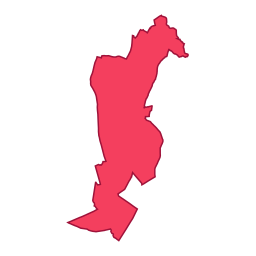 Tetlatlahuca, Tlaxcala, Mexico (Robinson projection)
{"feature_id": "50627088B49898192612493", "entity_name": "Tetlatlahuca", "entity_type": "district", "adm_level": 2, "iso_a3": "MEX", "parent_name": "Mexico", "parent_adm1": "Tlaxcala", "projection": "robinson", "projection_center": [-98.281, 19.233], "detail": "fine", "context": "isolated", "style": "filled", "palette": "rose", "viewbox_px": 256, "rotation_deg": 0, "n_neighbors": 0, "source": "geoboundaries", "source_scale": "gbopen_adm2", "svg_char_len": 5609}
<svg xmlns="http://www.w3.org/2000/svg" viewBox="0 0 256 256"><path d="M88.8,230.2L91.0,230.9L92.8,231.3L94.6,231.5L96.0,231.7L97.9,231.4L104.6,230.4L105.1,230.2L110.5,229.0L111.2,230.1L111.1,230.7L110.9,231.3L110.9,231.5L111.0,231.8L112.0,233.5L112.7,233.6L113.0,233.8L113.3,234.1L113.3,234.5L113.1,235.4L113.1,235.7L113.9,237.3L114.3,237.6L114.7,237.7L115.5,238.2L115.9,238.3L116.5,238.9L118.8,240.6L126.2,228.9L127.7,226.4L130.4,222.0L132.4,218.9L132.8,218.2L135.0,213.7L137.3,209.0L136.8,208.6L135.8,208.0L132.7,205.8L132.1,205.4L131.9,205.2L129.0,203.1L118.6,196.0L118.0,193.9L120.5,192.2L123.7,190.0L124.6,189.4L125.6,187.6L126.8,185.3L127.0,185.0L128.0,183.0L129.3,180.6L129.6,180.3L130.5,178.7L131.0,177.7L131.3,176.9L131.4,176.7L131.6,176.2L131.7,176.3L132.6,172.6L141.5,183.0L141.8,183.9L141.9,184.8L143.7,183.8L148.1,181.0L155.1,176.8L154.8,174.4L154.8,169.3L155.0,168.4L155.2,167.7L155.5,167.0L155.8,166.5L156.8,164.4L157.3,163.5L157.7,162.4L158.3,161.0L159.0,159.6L159.5,158.5L160.0,157.3L160.3,155.5L160.2,153.3L160.2,150.6L160.2,147.9L160.7,146.9L161.5,144.9L162.1,143.7L162.7,142.1L162.9,141.3L162.9,139.9L162.4,138.9L162.1,137.9L160.7,133.7L159.9,131.9L158.2,130.1L156.2,127.7L155.7,127.2L154.8,126.3L153.8,125.4L153.3,124.8L151.6,123.2L150.6,121.9L150.2,121.6L149.7,121.3L149.2,121.2L148.5,121.0L147.9,120.6L146.8,120.3L146.5,120.1L146.3,120.0L145.8,119.1L145.1,118.4L145.1,118.2L145.5,117.8L145.5,117.7L145.5,117.0L145.5,116.6L146.0,116.6L147.2,116.6L149.2,116.4L149.2,115.3L149.4,114.0L149.8,112.2L150.1,111.3L151.2,110.5L151.5,110.3L152.1,106.0L152.0,105.9L151.8,105.9L151.3,106.0L151.1,106.1L150.6,106.2L149.4,106.5L148.9,106.6L148.4,106.9L147.7,106.8L147.4,106.9L146.9,107.1L146.5,107.2L145.4,107.1L145.2,107.2L144.3,107.8L144.2,107.8L144.1,107.5L144.1,107.3L144.5,106.8L144.7,106.4L144.5,106.1L144.4,105.7L144.5,105.0L144.7,104.2L144.7,103.8L144.8,103.6L145.0,103.2L145.2,102.1L145.4,101.1L146.3,98.5L146.6,98.3L146.9,97.9L147.2,97.2L147.6,96.3L148.2,95.0L148.2,94.1L148.6,93.3L149.0,92.5L149.3,91.8L149.4,91.3L150.0,90.4L151.6,87.1L152.1,86.0L152.4,84.5L152.6,84.0L152.7,83.5L153.8,82.1L154.2,81.1L155.2,79.4L155.6,79.0L155.6,78.4L155.7,77.8L155.9,77.4L156.3,76.1L157.0,73.0L157.0,71.8L157.2,71.1L157.1,70.1L157.3,68.3L157.4,67.4L157.9,65.6L158.5,64.6L158.9,63.8L159.5,63.2L159.9,62.5L161.0,60.9L161.4,60.6L161.8,60.3L162.2,59.8L162.7,59.4L163.3,58.6L163.7,58.3L164.7,57.7L165.2,56.9L165.8,56.6L166.6,56.6L166.9,56.2L167.2,55.2L167.3,54.2L167.5,54.0L167.6,53.1L167.7,52.8L168.1,51.6L168.1,51.4L168.3,51.0L168.5,50.7L168.6,50.4L168.7,49.5L168.9,49.5L169.1,49.5L169.4,49.6L169.6,49.8L170.3,50.7L171.0,50.7L171.2,50.9L171.5,51.0L172.3,51.8L173.4,53.1L173.8,53.4L174.2,53.7L174.6,53.9L175.1,54.0L175.2,53.9L175.6,54.0L177.2,55.0L177.7,55.3L178.2,56.2L178.5,56.5L179.2,57.1L179.7,57.0L180.5,56.7L181.4,56.6L182.0,56.2L182.6,56.0L183.2,56.0L184.3,56.7L184.9,57.0L185.4,57.2L185.8,57.0L186.3,56.5L186.9,56.7L187.3,56.6L188.0,55.6L188.1,54.9L188.0,54.6L187.8,54.2L187.6,54.1L185.8,53.6L184.8,53.1L184.6,52.6L184.4,52.3L184.4,51.2L184.1,50.7L184.0,49.0L183.6,48.3L183.7,48.2L183.4,47.5L183.5,47.2L183.4,46.5L183.6,45.9L183.8,45.5L183.7,45.1L183.7,44.7L184.0,44.4L184.3,43.8L182.3,42.6L182.4,42.1L180.7,40.9L180.1,39.7L180.0,39.8L179.8,39.8L177.3,38.7L178.6,38.4L178.3,37.8L178.0,37.5L177.8,37.1L177.3,36.6L177.0,36.2L176.6,35.6L176.4,33.9L176.3,32.0L176.3,30.5L176.2,30.2L175.8,29.5L175.0,29.1L174.1,28.5L173.7,28.1L172.5,28.0L170.7,28.3L169.8,28.1L169.3,27.7L169.0,27.2L169.0,26.8L168.6,26.1L167.3,25.3L166.6,24.8L166.4,24.2L166.4,23.4L166.7,22.4L166.7,21.3L166.6,20.4L166.5,18.8L166.3,18.2L166.0,17.8L165.7,17.6L165.5,17.4L164.9,17.1L163.1,16.5L162.5,16.4L162.3,16.3L162.0,16.3L161.7,16.1L161.4,15.4L159.6,16.2L155.9,18.8L154.1,20.0L154.6,22.6L155.3,25.3L153.1,25.9L152.0,26.3L151.1,26.8L150.4,28.4L149.9,28.1L148.4,30.7L147.4,32.8L147.1,32.7L145.9,31.6L145.2,31.4L144.7,31.1L143.8,30.6L143.5,30.3L143.3,30.0L143.2,29.8L142.9,29.9L142.6,30.2L142.3,30.3L141.5,30.3L141.4,30.3L141.0,30.0L140.8,29.8L140.6,29.7L139.7,30.8L139.0,32.4L138.8,32.8L138.4,33.2L138.2,33.8L137.8,34.6L137.6,34.9L137.4,35.4L137.0,36.0L137.0,36.3L136.9,36.4L136.7,36.5L136.1,37.1L135.2,38.0L134.8,37.5L134.5,37.2L134.3,37.1L133.7,37.0L133.5,36.7L133.6,36.2L133.6,35.8L132.5,35.5L132.0,43.3L131.7,45.9L131.6,46.7L130.5,50.9L128.2,55.6L127.1,57.4L126.7,58.5L126.5,58.9L125.9,58.8L124.8,58.6L124.5,58.5L124.4,58.3L123.9,58.0L123.4,57.9L122.1,57.3L121.5,57.1L119.8,56.4L118.9,56.2L117.9,56.3L117.0,56.5L116.2,56.9L115.2,57.0L114.0,57.0L113.2,56.9L112.2,56.7L111.4,56.5L109.7,56.0L108.7,55.7L107.1,55.8L105.6,55.8L104.1,55.6L103.4,55.7L102.7,55.7L102.2,55.9L101.7,56.0L101.4,57.8L97.1,56.8L96.6,58.8L95.0,62.5L94.1,66.0L93.0,70.9L92.3,73.4L91.1,76.2L90.6,78.0L90.4,79.4L90.6,81.1L90.7,82.0L90.6,83.2L90.7,84.3L90.8,85.1L91.5,86.4L92.6,88.1L95.0,92.6L96.1,95.6L96.4,96.9L96.6,98.4L97.1,101.7L97.5,104.2L97.3,107.2L97.4,109.1L97.5,110.6L97.7,112.5L97.9,114.2L98.1,119.6L98.5,128.3L98.5,131.8L98.9,135.8L99.3,137.1L100.0,140.7L101.4,145.4L104.1,156.0L106.0,161.3L105.3,161.5L103.0,161.6L102.8,162.8L102.5,163.1L101.7,164.7L101.4,165.0L100.5,164.8L100.0,165.2L98.8,164.6L98.5,164.5L95.3,166.0L100.3,183.7L100.4,184.4L97.7,184.9L97.3,184.4L96.6,183.4L95.8,182.3L95.6,182.4L92.8,200.3L92.9,200.9L93.2,201.6L93.5,202.2L94.0,202.6L94.3,203.0L94.6,204.8L94.2,205.9L95.1,206.3L96.7,208.6L97.4,209.2L94.2,211.1L83.0,216.2L81.1,217.0L79.9,217.4L79.5,217.6L79.0,217.8L77.4,218.5L68.7,222.2L67.9,222.5L68.7,223.0L75.0,225.7L77.0,226.4L80.8,228.2L82.3,228.4L87.1,229.1L88.8,230.2Z" fill="#f43f5e" stroke="#9f1239" stroke-width="1.5"/></svg>